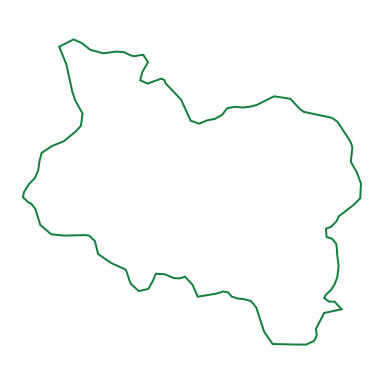 an SVG outline of Manisa
{"feature_id": "TUR-2277", "entity_name": "Manisa", "entity_type": "Province", "adm_level": 1, "iso_a3": "TUR", "parent_name": "Turkey", "parent_adm1": "", "projection": "natural_earth1", "projection_center": [28.179, 38.758], "detail": "fine", "context": "isolated", "style": "outline", "palette": "green", "viewbox_px": 384, "rotation_deg": 0, "n_neighbors": 0, "source": "natural_earth", "source_scale": "10m", "svg_char_len": 1490}
<svg xmlns="http://www.w3.org/2000/svg" viewBox="0 0 384 384"><path d="M290.4,98.8L299.7,108.9L303.7,111.8L331.8,117.8L337.2,121.5L349.3,139.7L351.1,143.4L352.4,147.5L350.8,161.8L357.0,172.7L361.0,183.6L360.2,198.3L353.4,205.1L338.9,216.2L336.8,220.8L331.2,226.8L325.9,228.7L326.6,237.0L332.0,238.7L336.2,243.8L336.9,249.0L337.2,254.5L338.6,265.9L337.3,277.0L334.8,284.0L331.1,289.9L326.0,294.6L324.2,298.0L329.0,301.6L334.6,301.7L341.6,309.2L324.2,313.0L315.9,329.0L316.8,335.3L314.2,340.8L306.4,344.5L298.0,344.6L272.6,344.0L264.1,331.6L256.3,307.6L251.1,301.1L242.7,298.9L238.4,298.6L231.8,296.7L228.1,292.4L223.3,291.5L216.1,293.7L197.7,296.7L192.6,284.9L185.1,276.7L179.5,278.4L173.7,278.1L164.7,274.2L155.8,273.8L152.7,281.2L148.3,288.9L138.8,291.1L130.9,283.9L129.4,280.4L127.1,273.0L125.6,269.6L111.1,263.0L98.1,254.0L94.9,241.1L89.3,235.7L85.5,235.1L64.5,235.6L51.3,234.3L40.3,225.0L35.4,209.0L31.1,203.5L28.2,202.3L23.0,197.2L23.9,192.3L29.1,183.9L34.8,178.2L38.2,170.4L39.4,161.4L41.6,152.9L51.9,146.0L63.7,141.3L75.8,131.4L81.0,125.7L82.5,113.4L75.5,100.9L72.5,92.5L66.4,64.5L59.2,46.7L73.5,39.4L82.2,43.3L90.2,49.8L103.2,53.3L116.4,51.6L124.1,52.2L131.4,55.7L134.4,56.2L140.3,55.1L143.3,54.9L148.0,62.3L142.3,72.0L140.2,80.2L147.4,83.6L161.4,78.6L164.5,80.2L165.7,83.5L181.1,99.7L190.7,120.7L199.2,123.7L207.0,120.4L215.1,118.8L222.1,114.8L227.2,108.2L234.8,106.8L242.9,107.5L250.0,106.7L256.9,104.9L274.1,96.3L290.4,98.8Z" fill="none" stroke="#15803d" stroke-width="2"/></svg>